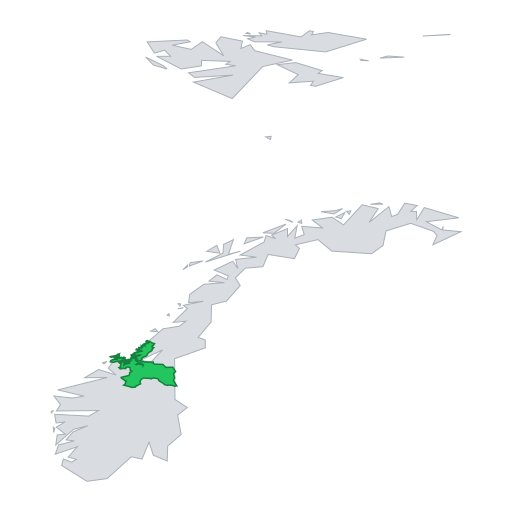 where Sør-Trøndelag sits in Norway
{"feature_id": "NOR-911", "entity_name": "Sør-Trøndelag", "entity_type": "County", "adm_level": 1, "iso_a3": "NOR", "parent_name": "Norway", "parent_adm1": "", "projection": "robinson", "projection_center": [9.786, 63.353], "detail": "fine", "context": "in_parent", "style": "filled", "palette": "green", "viewbox_px": 512, "rotation_deg": 0, "n_neighbors": 0, "source": "natural_earth", "source_scale": "10m", "svg_char_len": 9552}
<svg xmlns="http://www.w3.org/2000/svg" viewBox="0 0 512 512"><path d="M317.9,239.6L295.5,244.8L299.5,248.4L294.5,258.6L268.1,254.5L262.9,266.7L245.2,268.2L235.4,277.9L240.2,285.6L226.4,301.1L211.5,304.8L211.1,322.0L198.2,337.3L205.2,339.9L205.3,347.9L174.6,358.7L175.0,399.5L187.3,407.5L177.6,415.1L181.2,434.5L167.7,446.0L167.2,461.0L153.3,455.2L149.1,442.1L142.0,459.1L131.3,456.8L107.1,478.6L87.0,481.3L61.6,465.5L63.4,459.0L71.7,462.2L76.3,459.3L68.2,457.1L77.3,446.7L55.3,454.2L58.6,444.9L74.3,440.9L66.0,439.9L73.2,431.8L87.9,425.7L73.5,429.3L55.8,445.0L57.2,434.9L65.4,434.2L56.3,427.2L65.2,421.9L56.1,423.0L54.6,414.3L88.8,416.1L98.5,410.5L56.4,411.0L60.5,404.6L53.9,396.0L72.1,398.0L84.1,396.2L57.7,389.9L107.2,377.5L84.6,377.7L98.6,369.5L116.0,375.0L108.3,368.2L115.3,358.6L151.3,361.7L162.6,349.9L139.7,360.5L131.6,356.3L162.9,328.8L179.4,326.2L185.8,321.2L173.2,322.4L187.4,308.4L183.3,305.4L203.2,301.3L188.6,302.7L189.8,294.2L203.8,284.3L224.4,282.6L208.9,281.1L216.9,274.8L227.1,279.5L228.4,275.9L214.1,270.0L232.7,261.3L237.8,268.5L235.6,259.4L256.6,257.2L240.2,255.0L264.1,242.0L266.1,235.5L275.6,238.7L271.5,235.1L287.5,228.6L287.5,236.5L297.1,225.7L294.8,238.2L304.2,234.5L301.7,226.3L322.6,228.0L312.3,220.0L332.2,217.2L343.5,224.9L362.2,204.8L378.2,208.6L369.1,222.4L388.9,206.7L391.7,216.5L397.5,214.5L404.8,203.2L417.2,205.5L410.8,211.3L416.5,211.5L416.8,219.7L424.3,207.6L458.8,217.8L426.2,221.7L441.6,229.8L460.9,231.7L432.9,244.8L437.0,235.5L433.4,231.3L410.7,223.3L386.0,230.9L383.0,245.5L371.6,253.7L331.8,251.1L317.9,239.6ZM220.9,36.8L242.4,41.1L240.9,48.5L250.2,44.6L254.7,50.7L292.4,60.1L262.8,66.5L232.2,98.6L193.4,82.1L233.1,75.1L194.5,77.4L188.6,72.8L235.8,65.8L225.8,64.3L230.1,61.4L201.7,60.4L201.3,65.9L181.2,69.0L156.6,56.3L170.6,56.3L164.7,50.2L154.4,53.1L147.2,41.9L187.2,40.0L190.3,41.8L172.2,45.2L191.2,49.4L202.4,41.7L223.7,55.8L215.8,42.8L220.9,36.8ZM266.2,30.7L301.0,36.9L309.4,30.8L313.5,31.5L311.6,34.9L328.1,32.5L366.6,39.2L325.7,51.9L273.6,46.7L267.3,44.9L281.8,42.0L254.3,41.8L247.7,38.8L255.5,37.0L242.9,35.5L261.8,35.9L259.2,32.8L267.0,34.3L266.2,30.7ZM295.8,62.6L322.2,70.6L318.0,73.4L343.3,77.6L315.8,86.2L310.5,85.5L313.4,81.2L289.3,82.9L298.2,74.6L277.3,64.7L295.8,62.6ZM228.4,254.4L240.5,251.1L205.3,262.1L223.0,253.2L223.6,244.4L233.4,239.6L228.4,254.4ZM246.8,237.8L263.3,237.1L244.2,243.8L246.8,237.8ZM262.8,232.8L285.9,224.1L274.0,233.3L262.8,232.8ZM145.7,57.1L163.0,65.5L167.1,69.1L153.4,65.0L145.7,57.1ZM216.8,245.3L220.0,253.2L206.7,251.3L216.8,245.3ZM342.6,208.6L334.0,213.9L321.0,211.7L335.6,210.6L342.6,208.6ZM344.8,212.5L341.4,218.7L335.8,217.0L344.8,212.5ZM190.3,262.7L203.1,260.9L189.3,266.1L190.3,262.7ZM449.6,34.7L422.6,36.0L450.5,34.4L449.6,34.7ZM388.0,56.0L404.2,57.1L380.0,58.1L388.0,56.0ZM370.4,204.3L379.7,202.9L383.0,204.2L370.4,204.3ZM350.8,210.9L349.3,214.2L346.4,211.3L350.8,210.9ZM301.5,220.0L301.7,223.4L298.0,222.2L301.5,220.0ZM271.2,136.3L270.3,139.5L265.7,136.9L271.2,136.3ZM368.7,60.8L361.2,60.4L360.3,59.3L368.7,60.8ZM155.3,328.7L157.9,331.8L150.7,331.1L155.3,328.7ZM285.3,219.3L290.2,220.6L293.1,222.5L285.3,219.3ZM247.5,32.4L250.7,34.0L245.9,33.4L247.5,32.4ZM118.8,356.4L110.6,356.8L119.2,354.9L118.8,356.4ZM107.0,361.4L103.9,364.0L102.6,362.7L107.0,361.4ZM187.3,266.9L183.0,269.7L187.6,265.0L187.3,266.9ZM54.8,428.4L53.7,432.5L53.3,427.1L54.8,428.4ZM180.0,306.0L178.1,303.7L180.6,303.8L180.0,306.0ZM443.2,226.5L442.7,229.3L442.2,228.8L443.2,226.5ZM182.3,308.2L177.7,308.7L183.3,307.7L182.3,308.2ZM168.9,313.6L169.3,315.9L167.1,315.1L168.9,313.6ZM53.1,410.8L51.1,413.3L51.6,411.2L53.1,410.8Z" fill="#d9dde1" stroke="#a8b0b8" stroke-width="1"/><path d="M172.8,367.2L175.6,371.6L173.7,373.3L173.5,373.7L173.5,374.1L174.6,377.5L174.6,378.0L173.7,379.6L173.5,380.2L173.6,380.7L176.8,385.9L175.0,386.2L172.3,385.4L169.2,385.0L167.4,385.4L166.1,384.9L165.0,384.8L164.5,384.6L163.4,383.4L159.3,381.0L158.7,380.4L158.5,380.0L158.2,378.9L157.5,378.6L153.7,378.0L152.2,378.3L151.3,378.8L150.9,378.9L150.5,378.5L150.0,378.3L148.5,378.4L143.5,378.0L141.4,379.2L140.4,380.7L140.1,381.6L140.1,382.3L140.6,383.8L140.3,384.1L138.6,384.6L137.4,385.6L137.2,385.7L136.5,385.6L136.4,385.6L135.9,386.4L135.2,387.2L132.1,387.4L130.7,387.1L129.8,386.7L123.7,385.1L124.9,384.3L125.4,383.5L125.4,382.9L125.6,382.3L126.1,381.6L126.2,381.1L125.0,380.7L121.2,377.9L121.1,377.5L121.3,377.3L127.2,375.9L129.1,375.3L129.7,374.1L129.7,373.5L129.5,373.0L129.7,372.7L130.0,372.4L131.4,371.6L131.8,371.2L130.8,370.7L130.3,370.5L130.2,370.2L130.3,369.6L130.1,369.1L130.1,367.8L130.0,367.5L129.1,367.2L126.9,367.1L125.9,367.5L125.9,368.2L125.9,368.5L125.6,368.6L124.6,368.6L122.9,368.3L121.4,368.8L120.6,368.9L119.9,368.7L119.7,368.2L119.0,367.6L119.8,367.3L121.3,367.1L120.1,367.1L120.4,365.8L120.8,364.5L120.9,364.0L120.8,363.6L119.6,363.1L118.8,362.3L119.4,362.3L120.3,363.0L120.5,362.5L121.1,362.5L122.2,362.6L121.8,362.5L121.7,362.3L121.9,362.0L122.3,361.6L122.6,361.5L123.2,361.9L124.2,362.6L124.5,363.3L124.7,363.5L124.0,364.2L123.7,364.7L123.8,365.3L124.6,364.5L125.4,364.3L126.6,363.8L129.4,363.4L130.1,362.9L128.8,363.3L126.6,363.4L125.9,363.6L125.4,363.3L125.0,362.9L125.1,362.5L125.3,362.2L130.2,361.4L130.3,361.2L130.2,361.1L128.3,361.5L127.8,361.5L127.0,361.3L126.5,360.8L126.7,361.4L127.1,361.7L125.8,361.7L125.0,361.5L124.7,361.1L125.0,360.7L125.5,360.5L126.3,360.5L126.2,360.1L127.3,360.1L127.9,359.6L128.4,359.4L128.7,359.5L128.5,359.9L128.5,360.2L128.7,360.4L128.9,360.4L129.9,359.5L130.5,359.1L130.8,359.2L131.1,359.4L131.5,359.8L131.5,359.4L131.3,359.1L130.9,358.9L130.4,358.9L130.8,358.6L132.3,358.3L133.8,357.7L134.2,357.8L134.2,358.2L134.5,358.6L135.5,359.4L135.6,359.8L135.7,360.1L135.6,360.5L137.1,361.3L137.9,361.9L138.1,362.4L137.6,363.5L136.0,364.5L136.4,364.6L137.0,364.5L137.6,364.3L138.4,363.8L139.0,363.8L139.5,364.0L140.4,364.6L142.8,364.6L143.0,364.8L143.1,365.9L143.3,365.6L143.3,365.1L143.4,364.8L143.2,364.5L142.8,364.2L139.9,363.7L139.6,363.4L139.4,362.8L140.3,362.1L141.3,361.9L143.7,361.5L144.9,362.1L146.1,361.8L146.7,361.8L147.8,362.2L148.3,362.3L150.1,361.9L150.2,362.0L151.3,362.1L151.9,362.6L152.1,362.5L152.4,362.1L153.2,362.0L153.4,363.3L153.9,363.9L154.2,364.0L154.7,364.1L162.8,364.4L165.9,367.4L172.8,367.2ZM142.0,359.9L141.5,360.0L140.1,360.7L138.7,360.8L138.4,361.0L138.0,360.7L137.4,360.5L137.3,360.1L137.2,359.6L136.9,359.2L137.2,358.9L136.0,358.6L135.8,358.3L135.6,358.1L135.7,357.8L136.0,357.7L135.8,357.4L135.3,357.2L135.6,357.0L135.5,356.6L136.2,356.6L137.5,356.1L138.8,356.0L139.4,355.7L140.4,355.0L140.0,355.0L139.3,355.4L138.8,355.5L139.0,355.0L139.4,354.9L139.2,354.7L138.3,355.0L137.2,355.2L136.4,355.8L135.1,356.0L134.3,356.4L133.0,356.5L132.9,356.8L132.5,356.8L132.0,357.1L131.3,357.2L131.7,356.3L131.4,356.0L131.4,355.9L134.1,355.1L135.1,355.0L135.1,354.9L131.9,355.2L131.3,354.9L133.2,353.9L136.0,353.0L136.7,352.9L136.0,352.8L135.3,352.5L137.0,352.1L137.3,352.1L137.4,352.3L137.2,352.5L137.5,352.5L138.3,352.0L139.9,351.7L140.7,351.2L141.6,351.4L142.0,351.3L141.6,350.9L141.1,350.7L140.3,351.1L138.7,351.5L138.1,351.7L137.8,351.7L138.3,351.2L140.2,350.7L140.8,350.2L140.6,350.2L140.1,350.5L139.7,350.2L138.6,350.7L137.7,350.8L137.8,350.6L138.5,350.1L138.6,349.4L138.7,349.2L139.0,349.2L139.0,348.9L139.2,348.6L138.8,348.2L138.7,347.9L138.7,347.6L139.0,347.4L140.1,347.8L140.5,348.0L141.9,347.8L142.2,347.6L142.3,347.3L141.9,347.4L140.5,347.4L140.7,347.1L140.9,346.9L141.5,347.0L141.3,346.7L142.0,346.5L141.7,346.3L141.6,346.2L141.7,345.9L141.5,345.6L142.4,345.8L142.6,345.6L143.6,345.4L144.9,345.9L144.7,345.5L144.0,345.1L142.8,344.9L143.0,344.6L144.2,344.3L144.1,344.0L144.5,344.0L145.2,344.2L145.1,343.7L145.9,343.8L146.3,343.6L146.8,343.5L146.8,343.4L146.2,343.4L146.1,343.2L146.1,342.4L146.5,342.4L146.4,342.2L147.2,342.4L147.9,342.8L147.8,342.5L147.5,342.3L147.0,342.0L147.0,341.9L148.0,342.1L148.5,342.4L149.3,342.2L148.6,342.0L148.5,341.6L148.0,341.5L147.8,341.2L146.3,341.2L146.4,340.9L146.8,340.6L147.1,340.6L147.6,340.7L148.5,341.2L149.0,341.3L148.9,341.2L150.3,341.7L151.2,342.4L151.6,342.7L153.2,343.3L154.5,343.6L153.6,345.1L152.4,345.7L152.0,346.8L152.6,347.2L153.1,347.2L153.8,347.6L152.2,349.1L152.1,349.5L152.3,349.8L151.9,350.2L151.8,350.6L151.6,350.9L149.3,352.2L148.3,353.0L147.4,354.2L147.0,355.3L146.7,355.7L142.7,357.5L142.1,357.9L141.5,358.7L141.5,358.9L141.7,359.5L142.0,359.9ZM124.4,359.3L125.2,359.3L125.2,359.5L124.6,359.6L124.1,360.1L120.0,361.1L117.6,361.2L116.7,361.5L115.3,361.7L114.1,362.2L112.2,362.3L111.3,361.7L111.2,361.8L111.1,362.0L110.7,362.0L110.6,361.9L110.5,361.5L110.4,361.5L110.6,361.1L111.0,360.5L112.6,359.6L116.0,359.3L117.2,359.4L117.8,359.3L117.1,359.1L115.5,358.9L114.8,358.6L115.1,358.4L116.1,358.4L118.8,357.8L119.5,357.8L119.6,358.3L119.8,358.3L119.9,358.2L120.0,357.8L120.1,357.6L121.7,357.4L121.9,357.7L121.6,358.0L121.9,358.2L122.1,358.8L123.1,358.5L123.6,358.5L124.3,359.0L124.4,359.3ZM113.1,356.8L111.0,357.2L110.3,356.8L111.3,356.4L114.4,356.0L118.1,354.9L117.9,354.7L117.5,354.8L117.0,355.0L117.1,354.7L118.0,354.1L118.3,354.3L119.1,354.0L118.9,354.3L119.1,354.5L119.3,355.2L119.5,355.7L119.5,356.0L118.9,356.5L118.1,356.7L114.8,357.0L113.7,357.2L113.4,357.1L114.5,356.6L113.6,356.8L113.4,357.0L113.1,356.8ZM124.7,357.5L125.1,357.7L125.0,357.9L123.6,358.4L122.8,358.3L122.5,358.1L122.8,357.9L123.0,357.5L123.3,357.3L124.1,357.3L124.3,357.6L124.7,357.5ZM137.4,349.3L137.8,349.5L137.6,349.9L137.0,350.0L136.4,349.8L136.8,349.5L136.2,349.4L136.2,349.2L136.3,349.1L136.7,349.1L136.9,348.9L137.4,349.1L137.4,349.3Z" fill="#22c55e" stroke="#15803d" stroke-width="1.5"/></svg>